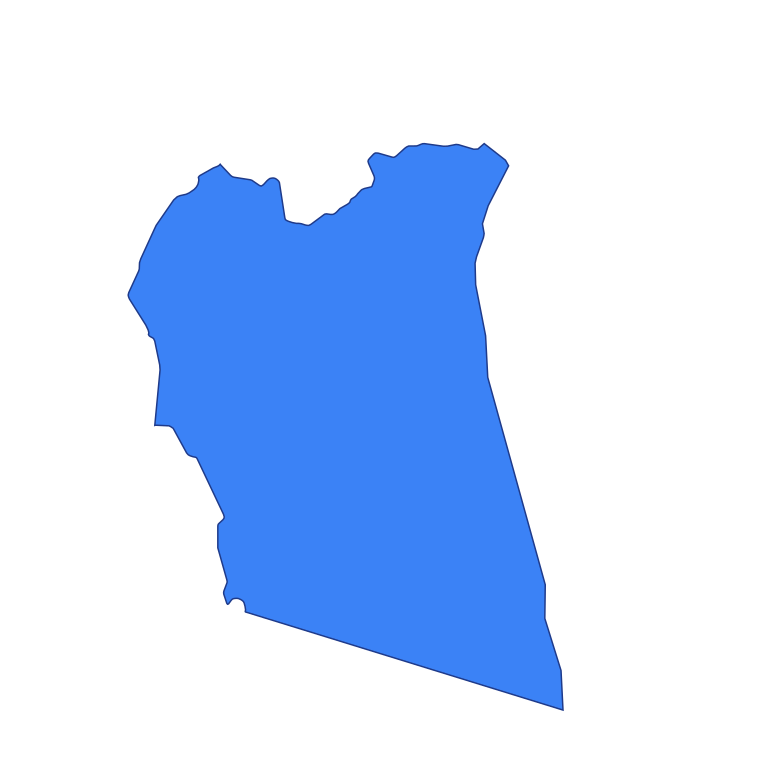 SVG path tracing the border of Zinder, rotated 108°
{"feature_id": "NER-92", "entity_name": "Zinder", "entity_type": "Department", "adm_level": 1, "iso_a3": "NER", "parent_name": "Niger", "parent_adm1": "", "projection": "orthographic", "projection_center": [9.186, 15.151], "detail": "fine", "context": "isolated", "style": "filled", "palette": "blue", "viewbox_px": 768, "rotation_deg": 108, "n_neighbors": 0, "source": "natural_earth", "source_scale": "10m", "svg_char_len": 2583}
<svg xmlns="http://www.w3.org/2000/svg" viewBox="0 0 768 768"><g transform="rotate(108 384 384)"><path d="M494.2,589.2L439.9,601.3L435.2,603.2L414.0,615.3L412.0,617.2L411.6,618.4L411.1,621.2L410.6,622.4L409.7,623.3L409.3,623.4L408.7,623.3L407.5,623.7L405.4,625.1L401.6,628.7L382.5,651.6L381.7,652.5L380.4,653.6L379.2,654.4L378.4,654.8L376.0,655.0L352.2,652.2L350.2,652.3L344.2,654.0L340.1,654.0L307.4,650.2L303.5,649.7L274.0,640.9L269.8,638.5L267.9,636.2L264.7,630.8L262.5,628.4L257.7,624.7L255.0,623.4L252.0,622.7L250.6,622.7L247.9,623.0L246.6,623.4L245.3,624.1L244.8,624.4L244.4,624.3L243.3,623.9L242.5,623.4L231.3,613.1L228.5,609.7L227.1,608.4L225.6,607.7L226.1,607.0L233.0,594.4L233.7,592.4L233.7,590.5L231.1,574.3L231.1,572.6L233.7,563.7L233.7,562.0L232.6,560.9L230.9,559.9L227.1,558.2L225.2,557.1L223.7,555.9L222.7,554.0L222.3,552.9L222.1,551.4L222.3,550.1L222.5,549.4L223.1,547.9L223.5,547.2L223.8,546.7L224.2,546.3L224.8,545.7L256.7,529.6L258.1,528.6L258.6,527.0L258.8,525.1L258.8,521.2L258.3,517.0L257.6,514.8L257.3,513.4L257.1,511.9L257.1,508.3L256.9,506.3L256.4,504.5L254.7,502.8L240.9,493.0L240.2,491.8L239.9,491.0L239.2,487.0L238.8,485.9L238.4,484.9L237.9,484.3L236.7,483.2L235.3,482.3L230.9,480.2L230.4,479.8L224.6,474.5L223.0,473.3L221.8,472.7L219.5,472.6L218.8,472.4L218.2,472.2L214.6,469.2L212.5,468.2L211.2,467.8L206.8,465.7L205.9,465.1L204.1,463.0L200.5,457.1L200.1,456.7L199.1,456.5L192.9,456.3L191.0,456.7L189.3,457.7L179.0,466.8L177.2,468.0L175.8,468.1L174.0,467.5L168.5,464.9L167.0,463.7L166.5,462.1L166.2,460.6L165.7,446.4L165.4,444.7L164.4,443.6L162.9,442.5L153.4,437.1L151.5,435.7L150.0,434.0L147.6,426.7L146.5,425.1L144.5,422.8L143.5,421.4L142.9,419.8L139.5,400.9L138.2,397.2L133.9,389.5L133.4,387.2L133.0,371.2L131.5,367.3L124.4,363.0L133.6,337.7L138.0,332.9L182.3,340.0L201.2,339.9L209.9,335.3L212.1,334.9L214.2,334.7L234.4,335.3L241.0,334.7L261.3,327.5L306.7,302.3L345.6,287.4L525.1,168.6L557.3,158.6L601.8,127.1L638.8,113.0L643.6,445.3L643.4,445.6L641.5,445.9L638.3,447.5L635.3,449.5L634.3,450.6L633.7,452.0L633.3,453.4L633.0,456.1L633.3,457.7L634.0,459.5L634.6,460.7L635.4,461.7L636.7,462.4L641.2,463.9L641.8,464.8L641.1,465.8L633.6,471.3L632.2,472.0L630.6,472.3L621.5,471.9L620.4,472.1L618.9,472.9L591.2,491.4L570.9,498.0L569.6,498.3L568.6,498.3L567.3,497.7L562.8,495.2L561.2,494.7L559.7,494.9L557.5,496.4L512.6,538.8L512.0,539.7L511.9,540.7L512.2,543.0L512.2,546.1L512.0,547.4L511.8,548.3L511.3,549.2L510.5,550.5L491.3,570.8L490.5,573.6L490.2,575.5L493.8,588.6L494.2,589.2L494.2,589.2Z" fill="#3b82f6" stroke="#1e3a8a" stroke-width="1.5"/></g></svg>